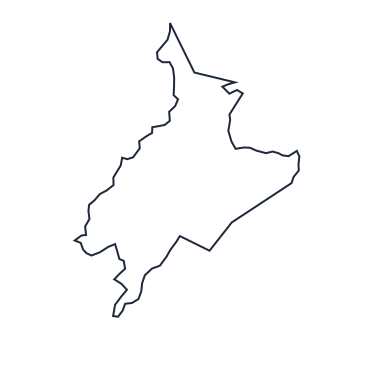 outline of Divina Pastora, Sergipe, Brazil, rotated 24°
{"feature_id": "56859067B98111685296197", "entity_name": "Divina Pastora", "entity_type": "district", "adm_level": 2, "iso_a3": "BRA", "parent_name": "Brazil", "parent_adm1": "Sergipe", "projection": "equal_earth", "projection_center": [-37.165, -10.679], "detail": "fine", "context": "isolated", "style": "outline", "palette": "slate", "viewbox_px": 384, "rotation_deg": 24, "n_neighbors": 0, "source": "geoboundaries", "source_scale": "gbopen_adm2", "svg_char_len": 1349}
<svg xmlns="http://www.w3.org/2000/svg" viewBox="0 0 384 384"><g transform="rotate(24 192 192)"><path d="M275.6,115.9L271.1,111.8L265.6,120.0L260.0,121.7L255.1,121.4L249.1,122.3L243.9,126.4L234.1,128.0L226.9,128.0L221.2,130.3L214.3,134.8L207.6,129.9L200.3,121.3L197.6,110.8L194.7,105.9L198.3,81.3L191.6,80.5L186.1,87.0L176.9,83.4L181.1,79.0L186.6,74.4L145.6,81.9L103.2,46.6L106.5,54.0L107.7,62.9L103.2,78.6L106.5,84.4L112.3,85.4L118.7,82.5L124.4,86.9L129.1,94.6L132.9,103.4L135.8,111.0L141.5,113.0L141.7,120.3L138.5,128.0L142.8,136.0L139.7,141.9L134.2,145.8L129.4,148.9L131.5,154.3L127.7,159.6L123.1,167.2L126.5,173.3L124.1,184.2L119.6,188.3L114.3,189.1L116.1,196.8L115.1,204.2L114.3,210.8L117.5,217.6L113.4,225.3L108.7,231.3L106.2,239.5L103.2,245.5L105.1,251.4L109.3,258.4L108.4,267.0L112.7,274.4L108.7,276.7L104.6,284.0L111.0,283.7L116.0,288.9L120.4,290.8L126.0,290.9L132.3,284.6L138.0,276.0L142.9,270.9L147.7,276.4L152.8,282.7L157.7,282.7L162.1,289.3L158.9,296.6L156.5,303.4L165.0,304.6L172.3,307.8L170.0,315.9L167.6,326.4L170.4,337.4L175.2,336.0L176.9,328.6L176.4,321.3L182.3,317.8L186.6,311.6L186.1,303.6L183.5,295.4L182.8,287.2L186.6,278.2L192.6,272.5L195.0,261.6L195.7,253.9L198.0,243.6L198.8,237.2L231.9,238.5L240.7,203.6L279.3,143.4L278.7,137.0L280.8,129.0L278.0,123.3L275.6,115.9Z" fill="none" stroke="#1e293b" stroke-width="2"/></g></svg>